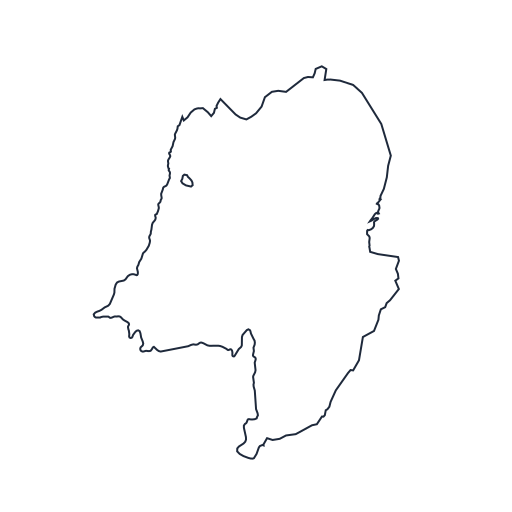 outline of Almaty, rotated 102°
{"feature_id": "KAZ-3207", "entity_name": "Almaty", "entity_type": "Region", "adm_level": 1, "iso_a3": "KAZ", "parent_name": "Kazakhstan", "parent_adm1": "", "projection": "natural_earth1", "projection_center": [78.658, 44.747], "detail": "fine", "context": "isolated", "style": "outline", "palette": "slate", "viewbox_px": 512, "rotation_deg": 102, "n_neighbors": 0, "source": "natural_earth", "source_scale": "10m", "svg_char_len": 5478}
<svg xmlns="http://www.w3.org/2000/svg" viewBox="0 0 512 512"><g transform="rotate(102 256 256)"><path d="M439.7,209.2L439.5,210.4L441.1,212.7L442.7,213.4L449.5,214.3L454.2,216.0L454.9,217.1L455.2,219.2L455.1,221.5L454.3,226.7L453.0,230.8L451.0,233.8L448.1,234.3L445.9,233.1L442.0,229.2L439.9,227.9L437.6,227.6L435.2,228.2L426.6,232.1L424.4,232.6L422.6,231.9L421.7,231.0L421.0,230.6L417.9,230.1L417.3,229.7L417.0,228.9L417.0,227.6L416.7,225.7L415.9,223.3L414.7,221.6L413.2,221.5L411.4,221.0L409.4,221.8L405.8,224.1L387.9,229.2L384.3,231.1L382.4,231.7L380.4,231.7L374.9,233.7L373.7,233.7L370.0,232.7L367.8,232.7L360.6,235.1L357.4,234.8L356.4,235.0L355.5,235.6L354.7,237.7L353.9,238.3L352.8,238.4L349.4,238.3L346.2,239.4L343.0,238.9L341.0,239.1L339.1,239.8L337.4,241.3L332.9,244.8L330.8,245.8L329.9,246.4L329.3,248.2L330.4,249.6L336.0,252.7L338.2,252.9L346.3,251.3L347.5,251.5L348.3,251.8L350.6,253.5L358.0,256.1L358.7,256.5L358.9,257.3L358.7,258.0L358.0,258.5L355.0,259.1L353.5,259.8L352.6,260.8L352.5,261.5L352.7,262.0L353.5,263.0L353.8,263.7L353.7,264.3L353.0,265.6L351.8,269.9L351.5,272.3L351.6,274.3L353.5,282.8L353.5,285.0L352.3,289.2L352.0,291.3L352.3,292.4L352.9,293.2L354.4,294.5L355.0,295.5L355.3,296.5L355.4,297.5L355.4,298.7L355.9,299.9L356.6,301.2L358.3,303.5L363.8,316.4L369.3,329.4L369.2,331.3L368.5,333.1L366.1,337.0L366.9,337.9L368.6,338.4L370.4,339.2L371.0,340.0L371.3,341.0L371.5,342.1L371.5,343.2L371.8,344.3L372.8,346.1L373.1,347.2L372.8,348.5L372.2,349.3L371.3,349.8L370.3,350.0L369.3,349.8L367.0,348.2L365.1,348.1L363.2,349.0L359.6,351.4L355.6,353.0L353.7,354.2L353.2,355.8L354.0,357.3L355.6,358.4L358.7,359.8L360.8,360.1L361.8,360.6L362.3,361.7L362.0,362.8L361.0,363.4L358.7,363.7L355.3,364.9L354.4,365.5L352.3,366.4L351.5,366.5L349.9,366.0L349.1,366.0L348.3,366.4L347.4,367.9L346.4,371.3L345.7,373.0L344.0,375.4L343.6,376.3L343.5,377.6L343.7,378.5L344.1,379.4L344.5,381.6L345.0,382.5L346.2,384.2L346.7,385.2L346.8,385.9L346.5,386.6L346.0,387.8L346.1,388.4L347.1,393.0L347.5,393.9L347.9,394.8L348.6,395.6L349.5,399.8L349.1,401.0L348.6,401.7L346.8,402.6L344.8,401.5L343.4,399.7L342.2,397.7L340.7,395.9L337.7,393.3L335.9,390.9L335.3,390.2L333.3,389.0L323.2,387.0L321.2,386.9L317.5,387.6L313.1,387.3L310.8,386.4L309.5,384.8L307.5,380.2L306.0,378.8L302.4,377.2L300.7,375.6L300.1,374.6L299.6,373.5L299.3,372.3L299.3,371.0L299.6,368.8L299.2,368.2L298.1,367.9L296.3,368.2L292.7,369.9L291.0,369.8L289.2,369.2L286.2,369.0L282.5,367.6L277.0,367.1L276.2,366.7L274.6,365.5L272.8,364.5L268.3,363.0L265.2,362.7L263.2,362.8L262.3,363.2L260.6,364.2L259.8,364.4L258.9,364.4L257.0,363.8L256.1,363.6L254.0,363.9L251.9,363.8L247.0,364.2L245.0,363.9L242.4,362.5L241.4,362.1L240.3,362.0L239.3,362.1L238.9,362.3L238.1,362.8L236.9,363.2L236.4,362.9L236.1,362.6L235.9,362.2L235.6,361.8L232.5,361.2L229.5,361.0L228.6,361.2L226.2,362.3L225.4,362.3L224.5,361.8L223.7,361.2L222.8,360.8L221.0,360.8L219.8,360.4L219.0,360.3L218.4,360.5L216.4,361.3L214.9,361.7L210.4,361.0L209.6,361.0L208.8,361.0L208.1,360.8L207.4,360.3L206.1,358.6L205.6,358.2L204.1,357.7L198.9,356.9L198.0,356.5L197.1,356.6L195.3,357.3L193.3,357.3L192.3,357.5L191.5,358.0L190.5,359.1L190.1,359.3L189.9,359.3L189.0,359.2L188.7,359.2L188.6,359.5L188.3,359.9L186.6,360.8L185.7,361.0L183.7,361.0L181.9,361.7L181.0,361.9L179.8,361.7L177.4,360.8L176.2,360.6L175.3,361.0L174.0,362.2L173.2,362.4L172.7,362.2L172.2,361.3L171.7,361.0L171.2,361.0L170.3,361.4L169.8,361.5L165.9,360.4L161.7,360.4L158.4,359.6L157.2,359.6L154.2,360.6L153.2,360.5L149.6,359.5L147.8,359.3L145.5,359.5L145.4,359.5L143.9,358.1L135.2,357.0L138.4,354.8L134.6,351.8L129.3,349.7L125.4,346.7L124.1,344.6L123.5,343.2L123.2,341.3L122.4,338.7L125.4,333.0L128.5,328.9L124.7,326.9L120.6,326.8L119.2,325.1L117.4,325.8L113.8,324.9L109.9,323.4L121.8,305.4L123.9,300.2L124.4,293.8L120.8,289.6L116.4,285.6L108.7,281.6L98.8,280.3L92.1,274.6L89.8,268.6L89.2,260.7L72.0,246.2L70.1,242.4L69.4,237.5L65.1,236.6L60.6,236.5L56.8,231.1L58.5,226.1L69.6,225.5L68.6,222.8L67.9,219.7L67.0,210.3L68.5,196.5L74.4,186.3L100.8,160.9L129.8,145.0L140.3,145.5L151.9,144.4L163.8,144.9L171.3,146.7L173.7,146.4L174.0,146.9L174.6,147.0L174.8,145.9L178.5,147.8L179.4,148.6L179.8,148.7L180.0,148.1L180.1,147.3L180.1,146.9L180.3,146.7L180.7,146.3L181.1,146.0L183.3,145.2L183.9,145.2L186.2,145.7L187.1,145.8L188.0,145.5L188.9,144.7L189.2,145.2L189.3,145.8L189.1,146.3L188.6,146.7L189.3,147.7L190.5,148.5L194.6,150.0L197.2,151.3L198.4,151.8L197.3,150.3L195.4,148.5L193.9,146.5L193.6,144.7L194.2,144.3L195.2,144.9L197.4,147.2L197.8,147.4L198.3,147.5L198.9,147.5L200.0,147.1L202.2,146.8L204.2,147.5L205.9,148.9L207.3,151.0L207.4,151.4L207.3,151.8L207.3,152.1L208.0,152.5L208.5,152.5L211.5,151.9L212.1,151.1L212.6,150.3L213.2,149.4L214.1,148.8L215.1,148.5L218.8,148.2L222.1,147.1L223.4,147.2L224.3,146.7L228.2,145.2L228.8,137.2L227.5,116.8L230.9,115.2L239.6,116.5L243.9,113.5L248.3,112.0L251.2,114.6L258.6,109.4L271.4,115.7L274.9,118.4L279.2,119.0L282.2,122.8L288.6,123.5L292.9,123.0L304.8,125.0L313.0,134.6L336.6,133.6L347.7,137.2L347.9,139.8L351.4,141.7L370.8,150.0L383.1,152.7L388.2,152.9L391.1,154.3L392.4,155.7L397.4,155.6L399.1,156.6L399.3,158.1L407.9,161.5L409.9,166.0L422.0,180.1L425.3,189.3L429.9,194.8L432.5,201.5L431.9,207.3L438.7,209.5L439.7,209.2L439.7,209.2ZM198.3,344.8L200.2,343.0L201.5,339.2L201.6,334.0L199.9,332.7L197.3,333.5L195.6,334.8L194.1,336.8L192.7,339.1L191.3,340.2L191.3,343.0L192.9,344.2L195.8,344.1L198.3,344.8Z" fill="none" stroke="#1e293b" stroke-width="2"/></g></svg>